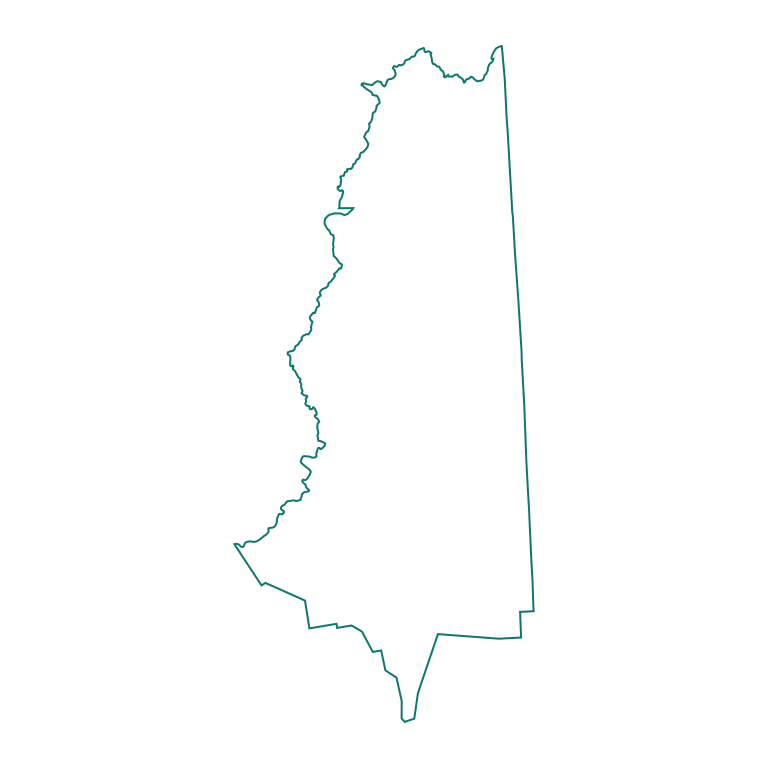 Coos, New Hampshire, United States of America (orthographic projection)
{"feature_id": "52423323B57801293190236", "entity_name": "Coos", "entity_type": "district", "adm_level": 2, "iso_a3": "USA", "parent_name": "United States of America", "parent_adm1": "New Hampshire", "projection": "orthographic", "projection_center": [-71.462, 44.696], "detail": "fine", "context": "isolated", "style": "outline", "palette": "teal", "viewbox_px": 768, "rotation_deg": 0, "n_neighbors": 0, "source": "geoboundaries", "source_scale": "gbopen_adm2", "svg_char_len": 5971}
<svg xmlns="http://www.w3.org/2000/svg" viewBox="0 0 768 768"><path d="M339.2,208.2L353.3,208.1L352.9,209.0L347.6,214.0L344.5,215.1L340.7,213.5L333.9,213.4L331.8,214.3L329.8,214.6L327.9,215.8L325.2,218.8L324.5,222.1L324.8,224.3L327.3,228.9L329.0,230.2L330.9,234.3L333.3,235.2L333.8,238.4L333.0,244.6L333.6,246.9L333.3,248.4L333.0,249.0L333.7,255.9L336.0,258.0L337.9,260.4L339.3,262.9L341.8,264.4L342.0,264.9L341.2,268.2L340.8,268.6L339.8,268.3L339.2,268.5L338.6,269.5L336.2,272.3L334.2,273.9L334.0,274.3L334.1,274.8L335.0,275.7L334.8,276.4L330.8,281.6L329.2,282.6L328.5,283.3L328.3,283.8L328.2,285.6L326.0,287.8L323.9,288.4L321.6,289.7L320.2,291.7L319.9,292.2L319.9,293.4L320.6,294.8L320.6,295.6L318.5,297.5L317.8,298.4L317.3,299.3L317.3,300.4L318.0,301.0L318.9,303.1L319.2,304.6L319.1,305.4L318.5,306.4L316.9,307.3L315.1,312.7L314.6,313.1L314.2,313.1L314.0,312.7L312.9,313.1L310.4,316.3L309.9,317.4L310.1,318.8L311.0,320.6L312.4,321.5L312.4,322.4L311.9,323.4L310.9,327.5L311.4,329.2L310.8,330.8L308.6,334.1L308.1,334.4L306.4,334.2L303.0,335.9L301.5,338.0L301.6,338.8L301.9,339.5L301.8,339.9L299.7,341.8L298.4,344.2L297.0,345.3L295.6,346.1L294.6,348.1L294.7,349.2L293.2,350.8L290.8,351.2L288.0,352.2L287.7,352.6L287.7,353.8L288.0,354.7L289.7,355.5L290.3,357.3L290.4,361.1L290.1,362.3L290.1,364.9L290.4,365.6L291.1,366.3L291.3,366.3L292.7,365.5L293.3,365.7L293.4,366.2L292.9,368.5L293.0,369.2L295.1,371.2L298.3,377.2L300.3,378.8L300.5,379.6L299.9,381.3L299.9,381.8L300.1,382.3L300.7,382.8L301.4,384.5L301.0,385.7L301.6,388.9L302.5,390.7L302.3,391.9L301.6,393.0L301.6,393.3L304.1,395.3L305.2,395.6L306.9,395.7L307.3,396.4L307.1,397.1L305.8,398.7L305.8,399.6L306.2,400.9L305.4,403.3L305.4,404.2L306.9,405.8L309.6,406.3L309.7,406.9L309.5,407.7L309.6,408.3L309.9,409.1L311.9,409.2L312.5,408.6L312.9,407.5L313.5,407.3L314.2,407.9L315.2,409.3L316.5,412.5L316.7,414.0L316.4,414.9L314.9,415.2L314.9,416.5L315.1,416.9L318.0,419.3L319.2,421.8L317.6,423.8L317.2,427.7L318.2,431.8L318.3,433.2L317.5,435.2L317.5,436.4L318.1,438.0L318.0,439.5L318.5,440.8L320.1,440.9L323.5,442.4L325.2,443.5L324.7,445.6L323.7,446.8L321.8,448.6L320.8,449.0L320.1,448.7L319.4,448.0L318.5,447.8L317.6,449.2L316.4,453.3L316.3,454.4L316.4,456.2L315.9,457.0L314.5,457.5L312.1,457.7L309.7,456.6L304.0,456.1L303.2,456.4L302.5,457.1L301.6,458.8L300.9,460.8L300.8,461.8L301.3,462.9L304.8,466.0L309.8,469.9L310.7,471.5L310.7,472.4L310.1,473.9L309.2,475.7L306.9,479.0L305.7,479.9L305.1,480.1L302.9,479.7L302.3,480.5L302.4,481.6L303.1,482.6L305.2,484.4L305.6,485.1L306.0,486.9L306.6,487.9L308.8,489.8L309.1,490.3L308.8,491.0L308.4,491.4L305.8,491.8L303.4,492.7L301.9,494.3L301.8,495.6L300.8,498.9L300.2,500.0L296.2,501.1L293.7,500.3L287.0,501.4L284.5,504.7L283.0,505.4L281.9,506.2L281.1,507.3L280.9,507.9L281.1,509.1L281.6,509.7L283.8,511.3L284.0,512.3L283.0,513.6L282.2,514.3L279.3,514.0L278.9,514.3L277.3,517.9L276.6,522.9L275.5,525.5L274.6,526.6L272.7,527.6L269.3,528.0L268.6,528.4L268.3,528.9L268.6,530.0L268.3,532.3L266.0,534.8L264.0,536.0L260.6,538.9L257.2,541.1L254.4,542.0L250.0,541.4L247.9,541.6L246.2,542.2L245.4,542.8L244.6,544.0L243.6,546.4L243.3,546.8L242.5,547.0L240.8,546.6L238.9,544.6L238.2,544.2L235.8,543.8L234.4,544.2L261.5,585.4L265.4,582.9L305.0,600.6L309.4,628.4L336.5,623.8L337.1,627.9L351.5,625.5L361.9,631.5L372.8,651.9L381.2,650.5L385.4,670.4L396.5,677.6L401.7,701.1L401.6,718.4L404.7,721.9L414.3,718.6L417.9,693.3L437.9,634.1L498.8,638.7L521.1,637.5L520.1,611.9L533.6,611.2L533.2,601.8L532.5,580.2L531.3,559.6L528.9,506.6L528.0,492.0L526.3,459.9L524.3,406.0L521.8,361.1L521.5,350.5L518.4,301.0L515.0,253.5L512.8,215.2L512.3,212.5L507.9,135.5L506.5,115.0L504.7,78.5L501.8,46.1L501.2,46.1L499.6,46.6L496.4,48.1L493.6,52.1L492.2,55.3L491.4,57.7L491.6,58.6L492.0,59.0L493.4,58.8L492.7,61.0L491.4,62.7L490.5,63.1L489.3,64.5L487.8,68.1L487.9,70.1L486.1,74.0L484.8,74.8L483.2,79.4L482.4,80.1L480.3,80.8L478.2,81.2L476.9,81.1L474.0,78.9L473.0,77.6L471.2,76.7L469.4,78.3L467.9,79.1L467.1,79.0L465.5,80.5L465.1,81.7L464.6,82.4L464.1,82.6L463.5,81.9L463.4,81.0L463.0,79.8L461.6,78.2L459.9,77.1L458.7,76.7L458.0,75.0L457.3,74.6L455.5,74.6L452.1,76.7L448.6,76.4L448.1,75.0L446.6,76.1L445.7,77.2L444.5,77.2L443.8,76.2L444.4,75.1L442.9,71.3L442.5,70.9L441.3,70.4L439.3,67.0L438.9,66.6L437.0,66.4L434.6,64.1L433.4,64.2L432.4,62.6L432.1,61.9L431.8,58.9L430.6,54.2L431.3,53.0L430.7,52.4L428.4,51.2L425.7,52.2L425.1,52.0L424.4,50.8L424.4,49.8L424.0,48.3L423.7,48.0L419.0,49.8L417.2,51.3L415.7,53.6L415.0,55.6L414.1,56.5L412.1,56.6L410.5,57.9L409.5,59.2L406.6,59.9L405.3,60.5L404.5,62.3L404.4,63.1L403.5,64.3L400.5,65.4L399.1,64.9L397.5,66.5L396.8,66.8L396.2,66.8L394.0,66.1L393.2,67.4L393.0,68.0L393.4,69.0L394.5,70.1L395.5,73.1L395.6,74.5L395.4,75.3L394.6,76.6L393.1,78.1L391.0,79.0L389.6,79.1L387.8,79.9L387.4,80.3L386.6,82.3L386.4,83.3L385.3,85.5L384.6,86.4L384.3,86.4L382.8,85.4L381.9,84.2L380.9,82.0L377.7,81.2L376.0,81.8L372.0,85.1L365.8,84.0L363.7,83.2L362.2,83.5L361.6,84.3L361.6,85.2L362.0,85.6L362.9,85.5L363.7,86.7L366.3,88.9L370.4,91.5L372.0,93.0L372.4,94.0L372.4,94.7L372.6,94.9L375.2,95.6L375.8,95.5L377.4,96.3L379.1,100.0L379.5,101.5L379.6,102.9L376.5,105.9L376.6,107.0L375.3,111.5L373.7,112.4L372.9,113.2L372.7,114.1L372.4,117.4L371.3,121.2L370.1,122.8L369.1,123.7L369.5,126.4L369.4,127.4L368.3,130.7L367.9,131.3L367.0,131.7L365.8,133.0L364.2,136.8L364.8,138.3L365.8,139.2L368.3,143.8L368.1,145.1L367.5,147.0L366.1,148.9L362.9,152.2L360.9,152.8L359.7,155.2L359.9,155.9L359.5,157.7L358.3,159.0L357.1,159.4L356.0,160.9L355.3,163.0L354.5,163.8L353.4,164.1L352.4,167.5L350.9,169.0L349.3,168.8L347.2,169.3L347.1,169.6L347.5,170.1L347.4,170.6L346.4,171.8L345.0,172.1L343.9,174.9L343.9,175.6L340.5,176.5L340.3,177.0L341.2,179.6L340.5,185.3L339.4,186.8L338.6,186.5L337.9,186.6L337.7,187.1L337.6,188.6L339.3,190.6L339.8,190.9L340.8,190.9L342.3,190.3L343.1,191.4L343.1,192.5L342.0,196.6L339.7,201.0L339.3,206.7L339.6,207.1L339.6,207.7L339.2,208.2Z" fill="none" stroke="#0f766e" stroke-width="2"/></svg>